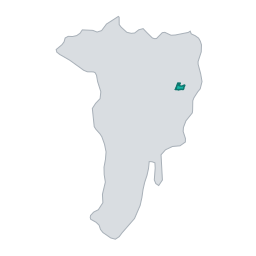 location of Villa Bisonó, Santiago, Dominican Republic, rotated 91°
{"feature_id": "3306468B37188297910356", "entity_name": "Villa Bisonó", "entity_type": "district", "adm_level": 2, "iso_a3": "DOM", "parent_name": "Dominican Republic", "parent_adm1": "Santiago", "projection": "mercator", "projection_center": [-70.869, 19.575], "detail": "fine", "context": "in_parent", "style": "filled", "palette": "teal", "viewbox_px": 256, "rotation_deg": 91, "n_neighbors": 0, "source": "geoboundaries", "source_scale": "gbopen_adm2", "svg_char_len": 2813}
<svg xmlns="http://www.w3.org/2000/svg" viewBox="0 0 256 256"><g transform="rotate(91 128 128)"><path d="M30.7,175.4L31.0,164.9L32.6,160.6L31.1,156.1L24.4,151.3L20.3,145.1L16.6,139.6L17.4,138.8L24.8,138.6L27.3,136.6L32.3,130.9L33.3,126.4L32.9,123.0L29.6,118.9L28.4,114.6L32.3,110.8L37.5,105.3L38.2,103.2L38.1,101.1L32.1,95.4L31.7,92.9L34.5,86.6L34.2,82.4L31.4,69.4L30.1,67.5L32.8,66.4L34.5,62.5L36.9,59.0L40.0,57.2L43.6,56.0L50.6,56.1L60.4,59.1L63.1,59.0L72.5,56.3L80.3,54.8L87.6,56.5L90.6,58.9L96.6,62.6L99.6,63.7L109.2,63.7L111.8,64.0L119.8,70.2L126.5,72.6L130.5,72.8L137.5,70.4L141.0,70.4L144.9,75.7L145.7,83.3L149.1,90.1L154.2,94.5L179.4,92.7L185.0,96.3L183.1,99.2L179.5,100.8L167.6,100.1L162.3,100.5L161.3,103.4L161.2,106.2L168.2,106.8L175.1,108.2L182.1,110.4L189.3,111.9L197.3,112.9L205.2,114.5L218.4,119.9L232.9,132.1L236.8,134.9L239.4,138.7L238.2,143.4L233.0,151.2L230.0,153.7L225.7,155.2L222.8,158.3L219.9,163.7L218.2,164.2L216.1,163.9L212.7,160.9L210.2,156.2L203.1,151.8L194.8,152.4L182.5,149.7L175.0,151.0L167.6,151.3L159.9,150.0L152.3,149.5L144.6,151.2L137.2,154.0L134.5,155.8L129.7,160.2L127.2,161.8L109.1,164.0L103.9,160.8L99.1,156.4L92.2,155.8L82.1,159.2L75.8,160.4L73.2,161.9L72.5,163.6L72.5,169.7L71.0,173.4L61.2,187.5L55.7,197.5L53.4,200.5L50.8,201.2L45.9,195.5L42.9,193.4L39.1,192.4L37.4,189.4L37.5,185.0L36.5,180.9L34.1,177.6L30.7,175.4Z" fill="#d9dde1" stroke="#a8b0b8" stroke-width="1"/><path d="M84.3,72.0L84.2,72.1L84.1,72.3L84.1,72.5L84.3,72.8L84.4,73.1L84.5,73.2L84.5,73.4L84.7,73.8L84.8,73.9L84.9,74.1L85.0,74.2L85.0,74.3L85.1,74.7L85.1,74.9L85.2,75.1L85.2,75.3L85.2,75.5L85.2,75.8L85.1,76.0L85.0,76.4L85.0,76.5L84.9,76.7L84.9,76.8L84.9,77.2L84.8,77.3L84.6,77.6L84.5,77.9L84.4,78.0L84.3,77.9L84.2,77.9L83.9,77.6L83.6,77.4L83.3,77.1L82.9,76.7L82.7,76.6L82.4,76.6L82.2,76.7L82.2,76.8L82.2,77.0L82.3,77.1L82.5,77.1L82.7,77.3L82.6,77.5L82.4,77.8L82.2,78.0L82.2,78.5L82.3,78.5L82.3,78.9L82.3,79.0L82.5,79.1L82.7,78.9L82.8,78.8L83.0,78.8L83.1,79.0L83.3,79.2L83.5,79.1L83.7,79.3L83.8,79.4L83.9,79.5L84.0,79.6L84.3,79.5L84.4,79.8L84.8,79.9L85.1,80.0L85.3,80.0L85.5,80.1L85.8,80.1L86.0,80.1L86.2,80.3L86.3,80.4L86.4,80.5L86.6,80.6L86.8,80.7L87.2,80.5L87.2,80.4L87.3,80.4L87.3,80.5L87.4,80.8L87.5,80.9L88.0,81.0L88.3,81.1L88.4,81.3L88.6,81.4L88.7,81.2L88.7,80.1L88.7,79.9L88.7,79.7L88.8,79.5L88.8,79.4L88.8,79.2L88.7,78.8L88.7,78.7L88.7,78.3L88.7,78.1L88.7,77.9L88.8,77.9L88.7,77.7L88.8,77.4L88.7,77.1L88.7,76.8L88.6,76.7L88.4,76.5L88.4,76.4L88.4,76.2L88.5,75.9L88.4,75.7L88.3,75.4L88.3,75.1L88.4,74.7L88.5,74.6L88.5,74.4L88.5,73.9L88.5,73.6L88.4,73.5L88.4,73.4L88.2,73.2L87.8,73.1L87.7,73.1L87.4,72.9L87.2,72.9L87.1,73.0L86.9,73.0L86.5,72.9L86.3,72.8L86.1,72.7L85.9,72.6L85.5,72.5L85.4,72.5L85.2,72.4L84.8,72.1L84.7,72.1L84.3,72.0Z" fill="#14b8a6" stroke="#0f766e" stroke-width="1.5"/></g></svg>